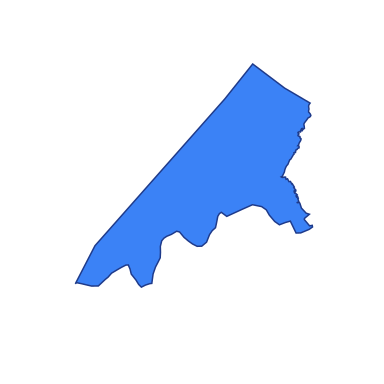 outline of Bachok, Kelantan, Malaysia, rotated 243°
{"feature_id": "92858781B88613977920895", "entity_name": "Bachok", "entity_type": "district", "adm_level": 2, "iso_a3": "MYS", "parent_name": "Malaysia", "parent_adm1": "Kelantan", "projection": "robinson", "projection_center": [102.347, 6.027], "detail": "fine", "context": "isolated", "style": "filled", "palette": "blue", "viewbox_px": 384, "rotation_deg": 243, "n_neighbors": 0, "source": "geoboundaries", "source_scale": "gbopen_adm2", "svg_char_len": 2894}
<svg xmlns="http://www.w3.org/2000/svg" viewBox="0 0 384 384"><g transform="rotate(243 192 192)"><path d="M106.1,283.5L107.7,284.0L108.5,281.4L116.3,279.6L117.0,279.8L117.6,280.9L118.2,283.7L118.9,286.5L121.3,284.1L128.0,282.2L133.0,283.0L134.2,282.8L134.3,281.7L134.6,281.6L134.7,281.0L134.9,281.0L134.8,282.8L138.1,283.3L138.1,283.8L140.3,284.1L140.4,283.3L140.0,283.3L140.0,282.9L140.6,282.9L140.6,283.2L141.2,283.1L141.3,283.5L141.8,283.5L141.9,284.4L144.5,283.5L144.5,283.0L145.5,283.1L145.6,284.2L145.8,284.2L145.8,285.0L146.1,285.1L146.0,283.3L146.5,283.4L146.8,285.3L148.6,284.7L148.9,285.1L150.0,284.8L150.2,285.4L153.8,285.1L153.7,284.7L155.4,284.5L155.9,284.5L156.7,284.5L157.2,283.1L160.4,283.1L160.6,281.6L162.8,282.1L162.9,281.4L163.5,281.0L163.6,280.4L163.6,279.8L163.9,279.2L164.3,278.7L165.0,278.3L165.0,279.6L167.5,282.9L167.9,283.4L168.5,283.9L169.3,284.5L169.9,285.0L170.4,285.7L171.0,286.2L171.7,287.2L172.4,288.2L173.1,290.0L174.8,291.9L175.4,292.6L175.7,293.1L176.3,293.6L176.4,294.9L178.6,298.4L178.9,298.7L179.2,299.4L179.3,300.0L179.7,300.3L180.3,300.4L180.7,300.6L180.6,301.4L180.2,302.1L180.7,302.5L180.8,302.5L181.4,302.7L181.5,303.1L181.9,303.4L182.3,303.8L182.2,304.4L182.2,305.0L182.7,305.6L182.8,306.3L182.7,307.4L183.2,307.7L183.8,308.0L184.5,308.1L184.8,307.9L185.2,307.3L185.6,308.3L186.1,308.9L186.8,309.5L187.3,310.2L188.5,312.2L189.3,312.8L189.7,313.3L190.4,313.2L190.8,313.0L191.2,312.8L191.6,313.0L192.0,313.3L192.5,313.2L192.8,313.2L193.1,312.8L193.4,312.3L193.8,312.1L194.5,312.2L194.8,312.7L194.9,313.2L195.2,313.7L195.9,313.8L196.6,313.2L197.0,313.5L197.1,314.3L197.0,314.8L196.7,315.4L196.2,315.9L196.5,316.5L197.0,316.7L197.5,316.7L197.5,317.3L197.2,317.8L196.6,318.1L196.9,318.6L197.7,318.8L198.0,318.5L198.4,318.0L198.7,318.4L198.6,319.2L198.0,319.6L197.4,320.0L197.6,320.7L197.8,321.2L198.7,321.4L199.7,321.9L201.1,322.2L202.2,323.0L202.9,324.3L204.4,327.4L205.3,329.0L205.3,330.4L205.5,331.7L206.3,332.7L207.9,332.8L209.3,332.5L210.2,332.2L211.4,332.7L212.8,333.9L213.8,334.2L215.0,334.6L216.2,335.3L216.8,336.1L217.6,337.6L242.5,321.7L278.5,304.2L260.0,263.4L188.2,81.2L163.2,46.4L163.6,48.0L160.6,51.8L157.6,55.3L153.8,59.8L150.8,65.9L153.5,75.1L154.2,78.5L156.2,83.5L156.6,89.2L156.9,94.9L156.9,99.9L155.9,102.1L151.5,101.8L146.4,100.6L139.0,102.1L133.9,102.5L130.2,103.7L130.2,108.2L129.5,112.8L128.8,114.7L136.6,120.1L141.7,125.4L144.7,129.6L147.8,133.8L152.5,136.5L157.9,139.1L162.3,142.9L163.6,146.0L164.0,149.4L163.6,154.4L164.0,160.5L162.0,162.8L155.2,164.3L149.8,166.6L145.4,168.9L141.3,171.9L139.3,176.1L140.7,182.2L146.1,188.3L148.4,192.5L149.5,196.7L152.8,199.4L158.6,203.9L160.3,206.6L160.6,208.9L154.5,211.9L153.8,229.1L153.2,240.1L147.4,247.4L142.4,250.1L136.3,250.4L128.2,252.3L123.1,255.0L122.4,261.5L121.4,266.4L108.2,266.1L106.2,270.3L105.5,279.4L106.1,283.5Z" fill="#3b82f6" stroke="#1e3a8a" stroke-width="1.5"/></g></svg>